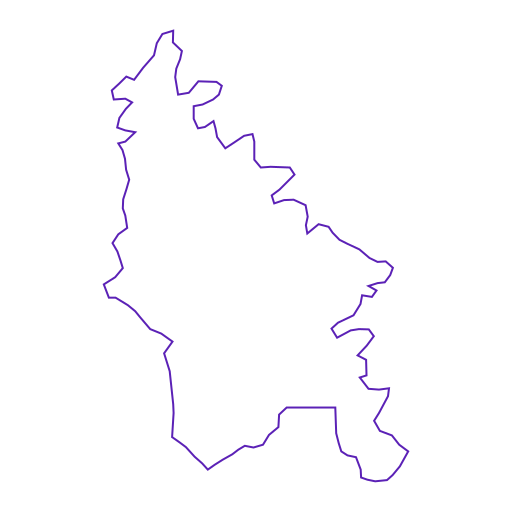 outline of Nova América da Colina, Paraná, Brazil
{"feature_id": "56859067B8703286216332", "entity_name": "Nova América da Colina", "entity_type": "district", "adm_level": 2, "iso_a3": "BRA", "parent_name": "Brazil", "parent_adm1": "Paraná", "projection": "natural_earth1", "projection_center": [-50.702, -23.335], "detail": "fine", "context": "isolated", "style": "outline", "palette": "violet", "viewbox_px": 512, "rotation_deg": 0, "n_neighbors": 0, "source": "geoboundaries", "source_scale": "gbopen_adm2", "svg_char_len": 2000}
<svg xmlns="http://www.w3.org/2000/svg" viewBox="0 0 512 512"><path d="M103.8,284.4L108.9,297.7L115.6,297.7L127.9,305.2L135.2,311.2L140.0,317.1L150.2,329.1L161.3,333.6L172.5,341.6L164.1,353.3L169.7,371.2L173.2,404.2L173.6,413.0L172.1,437.1L179.9,442.6L185.9,447.1L194.6,456.7L202.2,463.4L207.8,469.6L214.8,464.7L222.7,459.7L232.3,454.3L238.3,449.7L244.8,445.8L253.5,447.5L263.0,444.7L269.0,434.9L278.4,427.1L279.1,414.6L286.7,407.5L335.3,407.5L336.2,433.3L338.7,443.1L341.3,451.4L347.5,455.4L356.0,457.2L360.7,469.6L361.1,477.5L367.4,479.7L375.2,481.3L387.0,480.1L392.6,475.1L399.9,466.3L408.2,451.4L399.2,444.7L391.9,435.4L379.9,430.9L374.1,420.8L379.0,413.0L388.0,396.2L389.0,388.3L379.0,389.6L368.5,388.8L359.8,377.5L366.5,375.4L366.1,359.8L357.6,355.4L366.7,345.7L373.8,336.2L368.8,329.4L359.0,329.1L350.7,330.4L337.1,337.7L331.5,328.6L338.0,322.7L353.5,315.3L360.5,304.0L362.1,295.3L371.9,296.9L376.5,290.5L368.5,286.0L377.6,283.1L384.8,282.3L390.2,275.1L392.9,267.8L385.7,261.4L377.5,261.9L369.5,258.0L359.4,249.4L347.6,243.9L339.5,239.8L332.6,232.7L328.6,226.8L318.6,224.2L307.3,233.5L305.9,225.2L307.7,216.7L305.6,205.2L293.6,199.7L284.0,200.1L274.2,203.4L271.7,195.4L279.5,189.6L294.5,174.6L289.8,167.5L270.6,166.8L260.8,167.5L254.3,159.7L254.3,141.6L252.5,134.1L244.1,135.8L234.0,142.6L225.3,148.3L217.1,137.1L215.5,128.4L213.5,121.1L204.9,127.0L198.0,128.3L193.7,118.8L193.7,106.2L202.6,104.5L213.1,99.5L218.9,94.6L221.8,85.8L216.5,81.9L198.4,81.3L188.8,92.8L178.1,94.6L175.2,77.1L176.3,68.6L180.1,59.2L181.9,51.0L172.9,42.4L173.2,30.7L162.4,34.0L156.8,43.2L154.0,55.3L143.1,67.8L134.1,79.8L126.3,76.6L119.1,83.7L111.8,90.4L113.8,99.5L125.3,98.7L132.1,102.4L125.9,108.8L119.4,117.9L117.2,127.5L125.3,130.4L135.2,132.2L125.3,141.6L118.3,143.4L122.5,150.1L125.0,158.8L126.1,169.7L129.2,179.7L126.4,189.3L123.2,199.3L122.8,208.4L125.3,215.6L127.2,227.9L118.3,234.3L112.5,243.1L117.4,251.5L120.4,260.3L122.8,268.1L115.2,277.2L103.8,284.4Z" fill="none" stroke="#5b21b6" stroke-width="2"/></svg>